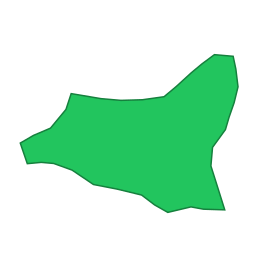 Palaiosofos, Cyprus, rotated 275°
{"feature_id": "46923920B16450205187108", "entity_name": "Palaiosofos", "entity_type": "district", "adm_level": 2, "iso_a3": "CYP", "parent_name": "Cyprus", "parent_adm1": "", "projection": "orthographic", "projection_center": [33.209, 35.319], "detail": "fine", "context": "isolated", "style": "filled", "palette": "green", "viewbox_px": 256, "rotation_deg": 275, "n_neighbors": 0, "source": "geoboundaries", "source_scale": "gbopen_adm2", "svg_char_len": 565}
<svg xmlns="http://www.w3.org/2000/svg" viewBox="0 0 256 256"><g transform="rotate(275 128 128)"><path d="M54.9,231.5L76.2,222.7L97.4,213.9L116.1,213.9L134.9,225.2L147.4,227.7L162.4,231.5L178.6,234.0L196.1,230.3L208.6,226.5L208.6,207.7L198.6,196.4L188.6,186.3L173.6,172.5L162.3,161.2L157.4,139.9L154.9,118.6L154.9,98.5L157.3,68.4L141.1,64.6L121.1,50.8L112.4,34.5L103.6,22.0L83.7,30.8L86.2,44.6L86.2,57.1L81.2,75.9L68.7,98.5L66.2,122.3L62.4,147.4L53.7,161.2L47.4,175.0L54.9,197.6L53.7,210.2L54.9,231.5Z" fill="#22c55e" stroke="#15803d" stroke-width="1.5"/></g></svg>